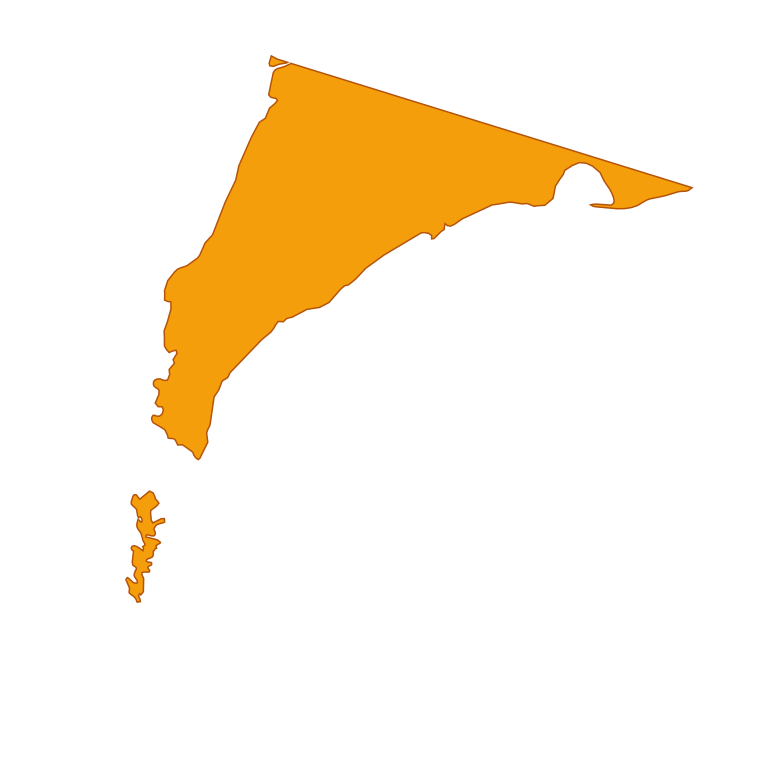 Tierra del Fuego, Mercator projection, rotated 107°
{"feature_id": "ARG-1272", "entity_name": "Tierra del Fuego", "entity_type": "National Territory", "adm_level": 1, "iso_a3": "ARG", "parent_name": "Argentina", "parent_adm1": "", "projection": "mercator", "projection_center": [-65.869, -53.846], "detail": "fine", "context": "isolated", "style": "filled", "palette": "amber", "viewbox_px": 768, "rotation_deg": 107, "n_neighbors": 0, "source": "natural_earth", "source_scale": "10m", "svg_char_len": 4373}
<svg xmlns="http://www.w3.org/2000/svg" viewBox="0 0 768 768"><g transform="rotate(107 384 384)"><path d="M104.6,566.9L104.8,513.2L105.0,459.8L105.2,406.8L105.4,354.1L105.6,301.7L105.8,249.8L106.0,198.1L106.2,146.8L110.0,149.6L111.1,151.2L113.4,157.3L114.3,159.1L121.9,170.4L129.4,184.1L131.5,186.8L139.4,194.0L142.9,199.0L145.9,205.1L148.2,212.2L152.5,232.8L152.9,235.7L152.3,238.8L151.1,236.8L149.7,232.8L146.5,218.9L143.7,217.2L141.4,217.5L138.5,219.1L134.9,221.9L131.5,225.3L125.7,232.6L118.6,239.2L114.7,248.2L113.7,255.0L115.2,262.0L120.0,267.8L126.7,273.5L131.4,273.9L136.7,275.7L144.7,277.9L157.1,276.6L166.1,282.5L168.4,288.7L170.2,292.5L169.5,299.2L169.9,300.8L171.4,304.5L172.6,313.5L173.5,317.4L179.9,330.1L180.9,332.7L203.0,357.3L211.0,363.6L213.6,366.6L214.0,369.6L212.8,372.5L215.9,372.2L218.5,371.6L221.9,374.2L230.3,378.7L231.3,380.9L228.1,381.8L226.9,385.2L227.4,389.9L228.8,392.8L260.5,421.6L278.7,435.3L291.9,441.8L299.5,446.9L301.7,450.5L305.8,453.1L322.1,460.4L329.6,468.0L335.2,479.6L346.8,491.2L349.8,496.2L353.9,498.5L355.1,503.4L359.0,504.9L362.6,505.6L367.3,507.3L377.7,514.1L417.5,534.2L419.1,534.8L422.3,535.1L423.9,535.6L427.9,539.2L429.1,539.7L438.0,540.3L446.1,542.7L474.0,538.4L479.9,539.3L483.0,539.2L491.2,535.5L509.0,538.4L510.6,539.6L509.6,542.5L507.4,545.3L505.4,546.6L504.6,548.3L501.0,559.0L501.5,560.1L502.2,562.2L502.7,563.3L498.8,567.0L497.9,568.5L498.0,570.4L498.6,572.6L498.8,574.6L496.2,576.1L492.5,579.5L491.5,580.9L488.5,593.3L487.1,594.9L485.4,595.9L484.0,596.3L481.5,595.7L481.0,594.0L481.2,591.8L480.4,589.3L477.3,587.3L473.4,587.4L470.7,589.4L471.7,593.4L469.1,597.2L459.7,596.2L455.7,597.4L454.7,599.1L454.2,601.2L453.4,603.1L451.8,604.4L449.4,605.0L447.5,604.5L445.9,602.9L444.7,600.3L444.6,599.3L444.9,596.4L444.7,594.8L444.2,593.5L443.7,592.4L442.1,592.0L440.0,591.9L437.7,591.7L433.0,593.7L425.3,590.5L422.4,592.8L415.0,590.9L412.5,592.7L414.2,595.7L416.7,598.6L414.7,602.0L411.8,605.1L404.0,607.5L397.5,609.8L388.3,609.3L374.3,609.7L367.9,611.8L368.3,615.3L367.9,618.4L361.7,620.1L358.8,621.2L348.3,621.0L338.0,617.0L334.5,614.9L332.1,612.1L330.1,609.1L328.2,606.8L317.9,599.1L314.7,597.9L301.4,596.3L291.5,591.6L256.4,589.0L232.3,585.4L217.6,586.6L186.9,583.0L170.0,579.7L164.7,575.2L153.6,574.1L147.5,570.2L144.0,568.8L142.5,570.6L142.9,575.2L142.5,576.9L141.0,578.9L118.7,580.9L115.7,580.1L113.6,578.2L110.0,572.6L105.3,567.2L104.6,566.9ZM656.0,556.3L658.3,556.9L660.9,554.7L663.3,553.3L664.8,556.3L662.3,558.3L661.4,559.5L660.4,561.1L659.0,565.2L658.1,566.7L656.4,567.2L654.2,567.5L652.8,568.3L646.9,573.4L645.6,573.6L644.1,572.6L644.8,570.7L646.9,566.3L647.3,565.1L646.8,562.2L645.4,561.8L643.7,563.1L642.1,565.1L640.5,566.8L638.7,567.3L634.6,567.1L634.1,566.8L633.4,566.7L632.2,567.2L631.6,568.1L631.2,569.3L631.0,570.4L630.6,571.3L627.8,572.7L617.0,574.7L616.3,576.8L614.7,577.8L612.9,577.5L611.6,575.4L611.7,573.2L612.3,570.4L613.9,565.8L611.7,565.9L610.9,566.3L610.0,567.2L608.3,565.7L606.9,565.9L604.4,568.5L598.0,572.6L596.8,573.9L594.7,576.8L593.3,578.1L591.4,579.1L589.4,579.5L585.3,579.6L585.6,578.8L585.9,578.2L586.2,577.5L586.9,576.9L586.9,575.4L585.5,575.4L584.3,575.9L583.1,576.8L582.1,578.1L582.6,578.4L583.6,579.6L582.2,581.0L576.6,583.8L575.3,585.4L573.6,589.2L572.6,590.6L570.6,591.3L564.6,591.2L563.0,590.6L562.4,588.8L563.1,587.4L564.4,585.8L565.5,583.8L555.0,576.9L555.6,573.1L558.1,570.7L560.9,568.8L562.2,566.5L563.8,564.4L567.3,565.9L573.0,570.0L575.4,569.6L582.4,566.7L584.5,564.5L578.1,557.8L576.9,554.7L580.1,553.4L581.1,554.4L583.9,558.8L585.3,560.4L589.3,561.8L590.5,561.3L592.7,559.4L593.7,559.0L594.6,558.9L595.8,559.1L596.8,560.1L597.2,562.5L597.3,565.5L597.6,566.8L598.4,567.2L599.8,566.9L600.0,565.9L599.7,564.6L599.6,563.3L599.6,559.9L599.3,557.2L599.5,554.6L600.8,551.5L601.9,551.7L603.5,553.5L605.5,554.7L607.6,553.4L608.2,554.5L608.7,554.7L609.2,554.7L610.0,554.9L611.5,555.7L615.0,554.6L617.0,554.9L618.5,556.3L619.9,558.2L621.3,559.7L622.6,559.7L623.4,557.8L622.9,555.7L622.8,554.1L624.6,553.4L625.5,553.9L627.1,555.8L628.3,556.3L629.2,555.7L630.0,554.5L631.0,553.5L632.2,553.4L632.8,554.6L634.2,559.1L635.4,560.4L636.8,560.0L640.2,557.0L653.0,553.4L656.8,554.9L656.0,556.3ZM103.2,587.7L104.5,581.2L104.6,570.2L105.7,571.5L108.4,576.9L109.5,578.7L111.7,581.4L112.7,583.0L113.1,586.2L110.9,587.6L103.2,587.7Z" fill="#f59e0b" stroke="#b45309" stroke-width="1.5"/></g></svg>